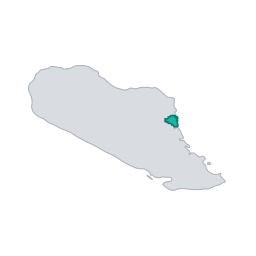 Mitsinjo, Boeny, Madagascar (highlighted), rotated 100°
{"feature_id": "10022922B34339999190032", "entity_name": "Mitsinjo", "entity_type": "district", "adm_level": 2, "iso_a3": "MDG", "parent_name": "Madagascar", "parent_adm1": "Boeny", "projection": "albers", "projection_center": [45.923, -16.15], "detail": "fine", "context": "in_parent", "style": "filled", "palette": "teal", "viewbox_px": 256, "rotation_deg": 100, "n_neighbors": 0, "source": "geoboundaries", "source_scale": "gbopen_adm2", "svg_char_len": 5625}
<svg xmlns="http://www.w3.org/2000/svg" viewBox="0 0 256 256"><g transform="rotate(100 128 128)"><path d="M168.3,28.7L169.0,30.3L169.8,31.9L172.3,35.7L173.3,37.2L174.3,38.8L174.6,41.9L176.2,46.7L177.5,54.0L177.9,61.4L178.2,64.8L179.4,68.0L181.2,71.4L181.8,75.1L180.5,78.9L178.7,82.4L178.3,83.1L177.5,84.0L177.1,83.9L175.7,83.0L174.7,81.5L173.3,77.9L172.8,76.0L172.3,75.7L170.6,75.9L169.4,77.0L169.2,77.7L169.4,79.7L169.8,81.5L170.0,83.4L170.0,85.7L170.4,86.4L171.0,87.0L171.7,88.5L171.7,92.1L171.3,93.9L170.1,95.5L170.1,96.3L170.6,97.2L170.1,97.7L168.6,98.4L168.0,99.0L167.1,100.6L165.7,103.8L165.5,105.4L166.2,110.5L165.9,114.1L164.1,120.9L163.1,124.1L161.6,128.0L159.4,133.0L157.2,139.4L155.4,146.0L154.0,149.9L152.5,153.8L150.3,160.7L148.5,167.7L145.9,175.3L142.3,183.8L141.9,185.0L141.1,189.3L140.3,193.1L139.3,196.9L137.3,203.0L137.1,204.9L136.6,206.8L134.7,210.6L133.9,212.1L133.3,213.6L133.0,215.5L132.4,217.4L131.0,220.8L129.0,223.8L127.6,224.9L124.6,226.4L123.1,226.7L119.7,226.8L116.4,227.6L113.0,229.3L109.7,231.3L108.5,232.2L107.1,232.8L102.8,232.9L101.5,232.5L97.1,229.3L95.5,228.8L92.3,228.3L91.3,228.1L90.4,227.7L89.1,226.0L86.6,224.6L85.9,224.1L85.6,223.2L85.3,222.1L84.6,220.9L84.1,218.7L83.2,217.1L80.8,214.3L80.6,213.4L80.4,210.5L80.4,208.5L80.1,204.8L80.4,203.1L81.2,201.5L80.9,199.8L80.0,198.1L79.6,196.2L78.9,194.6L76.4,191.6L75.8,190.1L75.4,188.6L74.4,183.8L74.2,182.1L74.3,178.6L74.7,176.8L75.2,175.5L75.4,174.6L75.8,173.7L76.4,173.1L76.7,172.3L77.6,167.8L78.8,166.8L80.6,166.2L82.0,165.0L82.8,163.4L83.5,160.1L85.7,156.8L86.5,155.1L88.3,152.5L89.9,148.8L90.3,147.1L90.7,145.3L91.0,141.4L91.3,139.5L91.3,137.6L90.3,135.6L88.1,132.1L88.0,131.4L88.2,128.8L88.0,126.9L87.2,125.0L86.1,123.2L85.1,119.8L84.5,114.3L84.6,112.3L84.3,110.5L83.5,108.8L84.0,105.8L90.5,95.0L90.8,93.7L90.5,90.5L90.6,88.5L90.8,87.8L91.3,87.4L92.4,87.2L97.8,86.7L98.5,86.4L99.8,85.5L101.7,83.7L102.5,83.2L103.2,83.4L103.7,84.1L104.3,84.5L106.5,83.7L107.3,83.7L108.2,83.8L108.5,83.1L108.8,82.1L109.1,81.4L109.7,81.0L112.5,80.8L114.3,80.5L116.6,79.9L117.1,80.0L118.9,82.5L119.5,82.7L120.2,82.8L120.8,82.3L119.3,81.0L119.1,80.3L119.2,79.5L120.0,77.7L121.3,76.3L124.4,74.3L127.5,71.9L128.4,71.8L129.2,72.2L129.8,75.0L129.7,75.4L130.2,75.5L130.8,75.1L131.3,74.0L131.3,73.1L130.9,72.2L130.7,71.4L130.7,70.7L132.3,69.1L133.5,67.5L134.1,65.6L134.6,64.7L136.0,63.8L136.4,63.9L136.7,64.7L136.8,65.6L136.5,66.4L136.0,67.2L135.8,68.3L136.5,68.5L137.2,68.3L138.3,66.3L139.5,64.4L140.2,63.4L141.0,62.8L142.5,62.9L143.9,63.3L141.6,61.3L141.1,58.6L143.9,53.9L143.9,52.9L144.3,52.6L144.5,52.2L143.1,50.6L142.8,49.8L143.0,48.6L143.7,47.6L144.3,46.8L145.2,46.5L145.9,47.0L147.5,48.3L148.5,48.5L149.8,47.3L150.8,45.7L152.4,44.6L154.1,44.0L156.8,41.5L158.6,36.4L158.8,34.9L158.4,33.0L157.8,31.3L156.8,29.1L157.1,28.6L158.6,28.9L159.1,28.6L160.7,26.7L163.4,23.1L164.2,23.1L165.0,23.8L165.2,24.8L165.7,25.6L167.5,27.4L168.3,28.7ZM149.9,43.0L149.9,43.5L147.9,43.3L147.6,41.3L148.6,41.3L148.8,40.5L149.4,40.4L150.0,42.1L149.9,43.0ZM173.1,98.6L171.3,101.5L171.9,99.1L173.9,95.7L174.4,95.4L173.1,98.6Z" fill="#d9dde1" stroke="#a8b0b8" stroke-width="1"/><path d="M112.6,93.2L112.8,93.1L113.0,92.9L113.3,92.8L113.3,92.7L113.5,92.6L113.8,92.5L114.0,92.6L114.5,92.7L114.8,92.6L115.0,92.6L115.2,92.4L115.2,92.5L115.3,92.4L115.3,92.2L115.3,91.9L115.2,92.0L115.1,91.9L115.0,91.7L115.0,91.4L115.1,91.1L115.0,90.8L115.0,90.7L115.3,90.6L115.5,90.5L115.4,90.4L115.4,90.2L115.2,90.0L115.1,89.9L115.3,89.8L115.5,89.8L115.7,89.7L115.6,89.4L115.8,89.4L116.0,89.5L116.1,89.4L116.2,89.0L116.3,88.8L116.4,88.7L116.3,88.4L116.3,87.8L116.3,87.7L116.2,87.6L116.1,87.4L116.1,87.1L116.1,86.8L116.2,86.7L116.3,86.6L116.4,86.4L116.5,86.4L116.6,86.2L116.8,86.0L116.9,85.9L116.9,85.7L116.9,85.3L117.5,85.3L117.6,85.2L117.2,84.9L117.1,84.7L116.9,84.6L117.0,84.6L117.2,84.4L117.3,84.3L117.3,84.1L117.4,83.9L117.5,83.8L117.6,83.7L117.8,83.5L118.0,83.5L118.2,83.4L118.3,83.3L118.3,83.1L118.4,82.9L118.5,82.7L118.8,82.5L118.6,82.2L118.5,81.8L118.3,81.2L118.2,80.9L118.2,80.7L118.2,80.4L118.2,80.0L118.2,79.3L117.3,79.4L117.2,79.4L116.7,79.3L116.0,79.4L115.7,79.5L115.3,79.8L114.6,80.1L114.2,80.3L113.9,80.6L113.5,80.6L113.4,80.5L113.2,80.5L112.9,80.4L112.8,80.5L112.8,80.4L112.7,80.3L112.5,80.2L112.4,80.2L112.3,80.4L112.2,80.4L112.1,80.5L112.0,80.8L112.1,81.0L112.0,80.9L111.9,80.7L111.6,80.8L111.7,81.0L111.4,80.9L111.2,81.0L111.3,81.2L111.1,81.0L110.9,80.9L110.7,80.9L110.8,81.0L110.8,81.3L110.8,81.5L110.7,81.6L110.8,81.2L110.7,81.2L110.6,80.9L110.4,80.9L110.2,81.0L109.9,81.1L110.0,81.0L110.2,80.9L110.4,80.8L110.5,80.8L110.2,80.7L109.9,80.7L109.5,80.6L109.4,80.5L109.2,80.4L109.3,80.5L109.2,80.7L109.0,80.8L108.9,81.0L108.5,81.3L108.4,81.4L108.7,81.3L108.8,81.3L108.7,81.3L108.4,81.4L108.3,81.5L108.2,81.6L108.2,81.9L108.2,82.0L108.4,82.3L108.5,82.5L108.5,82.8L108.5,83.0L108.4,83.1L108.5,83.1L108.5,83.3L108.3,83.4L108.2,83.4L108.3,83.5L108.2,83.5L108.2,83.8L108.0,84.2L108.1,84.3L108.1,84.5L108.0,84.8L107.9,84.9L107.9,85.0L107.7,85.1L107.8,85.3L107.9,85.5L107.8,85.9L107.8,86.0L107.7,86.3L107.8,86.4L108.0,86.4L108.1,86.5L108.2,86.8L108.3,86.8L108.3,87.0L108.3,87.3L108.3,87.5L108.3,87.8L108.4,88.0L108.5,88.1L108.6,87.9L108.8,88.0L109.0,88.2L109.3,88.2L109.4,88.4L109.5,88.5L109.6,88.9L109.7,89.0L109.7,89.3L109.8,89.4L109.8,89.5L110.1,89.9L110.2,90.0L110.3,90.1L110.3,90.3L110.8,90.2L111.0,90.1L111.3,90.2L111.5,90.3L111.8,90.4L111.9,90.5L112.0,90.7L112.1,90.9L112.2,91.0L112.3,91.4L112.3,91.6L112.3,91.8L112.5,91.9L112.6,92.0L112.9,92.1L113.0,92.1L113.0,92.3L112.8,92.4L112.7,92.6L112.6,92.8L112.5,93.0L112.6,93.2Z" fill="#14b8a6" stroke="#0f766e" stroke-width="1.5"/></g></svg>